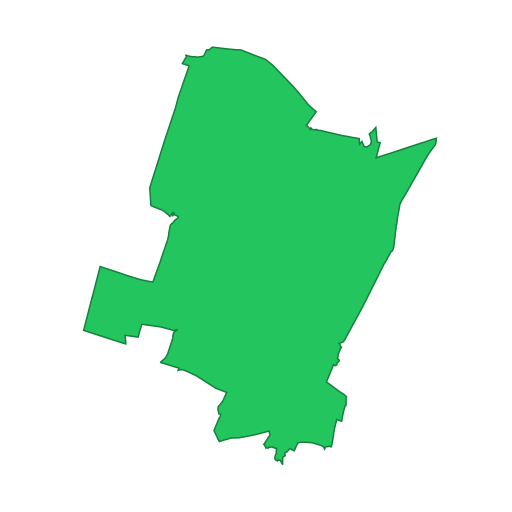 San Francisco del Rincón, Guanajuato, Mexico (Robinson projection), rotated 191°
{"feature_id": "50627088B79683891073354", "entity_name": "San Francisco del Rincón", "entity_type": "district", "adm_level": 2, "iso_a3": "MEX", "parent_name": "Mexico", "parent_adm1": "Guanajuato", "projection": "robinson", "projection_center": [-101.791, 20.925], "detail": "fine", "context": "isolated", "style": "filled", "palette": "green", "viewbox_px": 512, "rotation_deg": 191, "n_neighbors": 0, "source": "geoboundaries", "source_scale": "gbopen_adm2", "svg_char_len": 5947}
<svg xmlns="http://www.w3.org/2000/svg" viewBox="0 0 512 512"><g transform="rotate(191 256 256)"><path d="M101.4,406.0L102.4,405.4L102.7,405.3L103.0,405.2L106.6,403.3L112.4,399.9L113.9,399.2L117.7,397.1L123.8,393.7L145.0,381.8L156.8,375.4L155.7,390.9L158.8,391.0L161.0,398.5L162.9,405.1L165.2,401.1L165.9,399.7L167.0,399.0L167.4,398.2L168.1,397.4L166.9,395.6L164.7,390.8L164.8,387.4L167.8,384.3L168.1,384.3L170.5,383.9L173.2,387.6L173.9,388.7L175.5,385.6L176.2,387.3L177.0,390.9L179.3,391.0L182.5,390.8L187.1,390.8L190.6,390.8L195.6,390.7L202.6,391.0L208.7,391.2L213.7,391.4L216.9,391.6L217.0,391.4L219.5,391.3L220.1,391.7L220.5,391.7L220.2,391.3L225.5,391.0L225.6,391.4L226.5,392.2L226.8,390.7L227.9,391.6L231.4,394.0L224.4,409.1L229.8,412.2L230.3,412.5L231.8,413.4L233.0,414.1L241.6,421.3L244.6,423.8L248.8,427.2L250.2,428.2L250.8,428.8L276.0,446.5L284.4,450.9L291.3,452.0L301.8,453.9L306.9,454.8L309.6,455.4L310.8,455.3L314.4,454.7L323.7,453.8L338.7,452.7L341.2,449.5L343.5,449.1L343.8,448.8L344.3,447.4L344.7,445.1L345.4,443.0L345.9,442.1L346.6,441.7L348.0,441.3L348.5,441.1L351.2,440.1L353.4,439.9L353.6,439.9L353.7,440.0L353.9,439.9L355.1,439.9L356.1,439.5L356.8,439.4L357.6,439.5L358.6,439.4L360.9,439.5L363.1,439.8L363.2,439.7L362.2,438.7L362.9,436.4L363.1,436.4L363.2,436.1L365.0,430.8L357.9,429.9L360.7,410.3L361.5,404.3L361.8,402.8L362.6,397.2L363.3,386.0L367.6,353.1L367.8,351.6L368.0,350.2L368.1,348.8L369.5,336.6L371.2,321.2L371.8,316.4L373.3,302.7L369.7,288.8L369.5,287.7L369.1,285.8L367.7,285.2L364.9,284.6L359.5,283.6L358.7,283.5L355.8,282.9L349.7,279.6L348.1,278.3L346.0,282.8L344.5,282.5L345.4,280.4L345.6,279.5L345.4,279.5L345.3,280.0L344.8,281.1L341.2,280.3L339.8,279.9L340.0,278.4L340.7,277.4L341.4,276.8L342.4,275.8L343.2,274.1L343.6,273.3L343.8,273.0L344.1,272.7L344.8,271.8L345.4,270.9L346.0,269.8L346.0,261.4L345.7,259.9L345.8,255.2L346.1,252.9L346.6,249.8L346.7,248.8L347.3,244.2L347.8,241.4L347.9,240.3L348.1,238.8L348.6,234.8L348.8,233.2L348.8,232.9L349.0,231.4L350.0,225.4L350.6,221.6L351.0,219.2L351.4,216.3L351.6,215.2L352.2,211.3L352.4,210.6L357.8,210.7L364.6,210.7L378.5,212.2L386.2,213.3L407.0,215.9L408.9,184.1L409.0,184.1L411.0,150.1L384.3,146.8L367.0,144.8L367.0,145.0L367.3,145.6L367.3,146.2L368.0,148.2L368.1,148.9L369.4,153.2L367.1,153.3L361.6,153.6L356.3,153.8L355.9,157.9L355.9,159.1L355.8,160.6L355.6,161.8L355.6,162.5L355.4,163.1L355.1,167.2L335.9,168.2L324.9,167.4L323.1,167.1L322.8,167.1L320.0,168.4L318.7,169.0L321.5,166.1L322.0,165.4L322.2,164.1L322.5,163.2L322.3,162.7L322.4,162.4L322.3,162.0L322.3,161.5L322.1,160.7L322.0,160.0L322.5,155.3L324.0,143.7L324.1,142.5L324.2,142.1L324.4,141.9L324.5,141.5L324.7,141.0L325.1,139.7L325.8,138.2L329.4,133.6L329.3,133.4L329.2,133.3L328.6,133.1L327.7,133.0L326.3,133.0L321.6,132.4L319.7,132.3L315.0,131.7L310.2,131.3L310.6,128.9L309.5,129.5L308.1,130.0L307.4,130.0L306.5,130.3L306.2,130.5L300.0,129.1L292.7,127.3L290.9,126.7L270.2,118.5L265.5,117.7L258.7,116.5L261.0,107.1L261.3,106.4L263.4,102.5L263.7,102.1L264.4,100.8L264.1,98.1L262.2,93.9L261.0,94.2L260.9,94.1L260.6,93.7L260.6,93.4L260.3,92.0L261.1,89.9L261.3,89.8L262.2,85.2L262.3,84.6L263.0,81.3L263.9,76.5L258.8,69.7L258.6,69.4L256.9,67.2L256.6,66.8L254.0,68.3L246.2,72.3L245.3,72.7L244.4,72.9L242.7,73.2L238.2,74.2L236.6,74.8L225.9,79.1L220.9,81.3L209.6,86.7L208.9,84.3L208.5,83.9L207.9,83.4L209.5,79.8L209.6,79.4L210.6,76.8L211.2,75.7L211.4,74.7L211.9,73.4L212.5,72.6L211.7,72.2L210.4,70.5L210.1,70.1L209.7,69.6L209.6,69.9L208.6,69.6L207.2,69.8L206.9,70.8L206.6,70.7L205.5,71.0L204.0,71.6L203.1,71.8L202.9,71.3L202.7,71.4L200.7,71.0L200.5,70.9L200.2,70.8L199.8,70.9L199.7,71.2L199.1,71.1L198.8,68.4L198.6,66.8L198.6,65.5L199.0,63.4L199.1,61.6L198.9,60.9L198.3,60.0L198.1,59.8L197.2,59.3L195.8,58.9L195.6,59.1L195.5,60.0L195.3,59.9L194.2,60.0L193.2,60.2L192.6,59.4L191.8,58.3L191.1,57.3L190.7,57.0L190.3,56.6L190.1,56.7L190.7,59.7L191.2,62.7L191.2,63.2L191.1,63.6L191.0,63.9L190.9,64.1L189.2,65.5L189.5,66.1L190.1,68.4L189.4,68.9L188.2,69.7L186.6,72.3L185.8,73.6L183.8,72.8L181.3,72.0L180.6,74.8L180.6,75.2L180.6,75.5L179.4,79.9L179.4,80.0L179.5,80.3L179.1,80.5L178.2,81.0L177.1,81.5L175.5,82.0L174.3,82.2L165.9,83.4L164.5,83.4L163.6,83.3L156.9,82.5L155.6,82.3L155.1,82.2L154.4,82.0L153.5,81.5L152.8,80.9L152.5,80.5L151.8,79.5L151.6,80.2L151.8,81.6L150.7,82.0L148.7,82.8L147.9,83.2L146.4,83.0L145.7,83.1L145.5,85.2L145.6,90.8L145.7,94.9L146.0,97.7L146.0,99.7L146.0,99.8L145.9,103.9L145.8,105.2L145.6,109.4L145.7,110.9L141.9,110.3L140.4,110.1L140.4,112.1L140.5,116.5L140.4,120.7L140.3,120.8L140.1,125.2L140.1,125.3L139.1,126.4L140.1,131.9L140.5,134.0L140.5,134.3L140.2,134.9L141.6,136.0L142.4,136.5L148.3,138.9L155.1,142.2L157.8,143.5L162.8,145.8L161.2,153.9L159.9,160.2L159.7,161.5L159.1,164.1L158.6,163.8L158.2,163.6L157.9,163.5L157.4,163.5L157.0,163.6L156.5,163.9L156.2,164.3L156.0,164.6L156.0,164.8L156.0,166.1L155.8,166.5L155.8,166.8L155.7,167.0L155.3,167.4L154.9,167.8L154.7,168.1L154.3,168.8L154.3,169.3L154.4,169.5L155.1,170.2L155.4,170.4L156.0,170.5L156.3,170.6L156.5,170.9L156.5,171.4L156.4,172.1L156.3,173.1L156.4,173.9L156.6,174.6L156.7,174.8L156.6,175.2L156.6,175.4L156.3,176.0L156.3,176.5L156.1,177.7L155.8,178.5L155.7,179.1L155.6,179.7L155.5,180.1L155.6,180.9L155.6,181.2L155.5,181.6L155.1,181.8L154.9,181.9L154.7,182.1L154.7,182.3L154.7,182.6L154.8,182.8L156.0,183.9L156.7,185.2L157.2,185.7L157.3,185.8L157.5,185.9L157.7,186.0L154.9,187.8L154.1,188.4L153.8,188.7L153.5,189.2L153.1,190.1L152.9,190.7L149.3,202.1L148.5,204.6L147.7,207.8L147.5,207.7L145.3,214.7L142.5,223.6L141.6,226.4L129.0,271.6L128.7,272.6L127.2,276.5L126.7,278.5L125.1,283.4L124.5,285.6L123.5,286.5L123.0,287.6L122.5,290.2L122.5,291.3L123.2,300.9L123.5,304.6L124.2,313.5L123.9,313.7L124.4,320.0L124.4,321.2L124.5,332.0L124.7,334.3L124.4,334.7L124.0,336.3L123.7,337.9L120.9,345.4L107.5,385.2L106.1,389.1L101.3,399.2L101.1,400.0L101.0,401.2L101.4,406.0Z" fill="#22c55e" stroke="#15803d" stroke-width="1.5"/></g></svg>